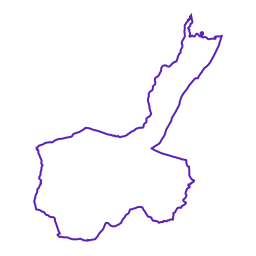 Chivatá, Boyacá, Colombia (Albers equal-area conic projection)
{"feature_id": "7082276B72366635379650", "entity_name": "Chivatá", "entity_type": "district", "adm_level": 2, "iso_a3": "COL", "parent_name": "Colombia", "parent_adm1": "Boyacá", "projection": "albers", "projection_center": [-73.258, 5.58], "detail": "fine", "context": "isolated", "style": "outline", "palette": "violet", "viewbox_px": 256, "rotation_deg": 0, "n_neighbors": 0, "source": "geoboundaries", "source_scale": "gbopen_adm2", "svg_char_len": 5830}
<svg xmlns="http://www.w3.org/2000/svg" viewBox="0 0 256 256"><path d="M221.7,36.0L221.0,36.1L219.3,36.5L216.6,36.4L215.4,36.6L214.8,37.2L215.0,37.7L215.6,38.0L215.5,38.6L215.2,38.8L214.3,38.8L212.9,38.6L210.9,38.8L209.5,39.2L208.0,39.1L206.5,37.6L205.3,37.0L204.6,37.0L203.0,37.5L202.2,37.2L201.9,36.5L201.9,36.0L202.1,35.5L202.6,34.9L203.0,34.1L203.0,33.0L202.9,32.5L202.5,32.2L202.2,32.1L200.9,32.6L200.6,33.1L200.8,33.9L201.2,34.6L201.0,35.6L201.2,36.4L200.8,36.5L199.7,36.3L198.0,34.3L196.7,33.7L196.0,34.3L195.1,35.9L194.6,36.3L194.1,36.4L193.1,36.3L192.4,35.7L192.1,35.7L191.4,36.0L190.9,36.4L189.8,36.7L189.6,36.5L189.4,36.1L190.0,34.5L190.1,33.3L189.2,31.2L189.4,29.5L189.3,29.3L188.6,29.0L188.3,28.7L188.3,27.7L189.2,27.0L190.2,25.9L190.5,23.9L190.8,23.6L191.6,23.4L192.4,22.2L192.2,21.5L192.3,20.9L191.7,19.4L191.8,18.7L191.3,16.6L191.1,15.4L190.7,16.0L190.3,16.1L190.0,16.5L189.8,17.3L189.8,17.8L190.3,18.7L190.3,18.9L189.9,19.1L189.1,19.2L189.1,19.7L189.0,19.9L188.2,19.6L187.7,20.0L187.9,21.2L187.8,21.4L186.4,22.5L185.5,24.3L184.9,24.9L184.6,26.3L184.9,27.7L184.4,31.5L184.9,35.9L184.8,36.5L183.5,39.0L182.5,40.5L181.8,42.5L181.7,43.0L181.8,44.0L182.3,44.5L182.4,45.2L182.4,46.7L182.2,47.3L181.6,48.2L180.6,50.6L180.6,52.2L180.4,52.8L179.7,53.3L179.0,54.1L178.6,55.5L177.9,56.4L177.6,58.3L177.2,58.9L177.2,59.7L176.4,61.3L175.0,61.8L174.5,62.4L173.6,62.5L173.0,62.9L169.8,66.3L169.3,66.6L168.1,66.5L167.0,66.2L166.0,65.4L163.7,65.5L163.1,65.8L162.4,66.3L161.3,68.0L161.2,69.8L160.9,71.3L160.5,71.8L158.9,75.1L158.4,75.8L157.5,76.6L155.6,77.6L155.0,78.6L154.8,80.1L154.9,80.8L155.3,81.8L155.3,83.3L155.1,84.0L154.7,84.6L154.0,85.2L153.1,86.3L152.9,87.1L152.7,89.5L152.0,90.4L150.5,91.2L149.5,92.5L148.9,93.1L148.7,93.8L148.9,96.4L148.2,97.7L147.9,100.2L148.2,102.0L148.8,103.4L148.8,104.2L149.2,105.4L149.5,106.0L149.4,107.5L149.6,108.8L150.1,109.9L150.3,111.3L150.8,112.4L151.1,114.0L150.2,115.7L149.7,116.0L149.3,116.7L149.1,116.8L148.3,117.0L147.8,117.3L147.0,118.0L146.5,118.5L146.4,119.7L146.5,121.7L146.4,122.2L144.8,123.3L143.9,124.4L143.7,125.0L143.7,126.0L143.4,126.3L143.4,127.1L143.2,127.4L142.3,127.8L140.9,127.6L138.3,128.0L135.9,128.8L135.7,129.1L134.3,130.4L131.9,131.5L130.7,132.2L130.2,132.8L129.0,133.4L128.2,133.9L127.9,134.4L126.1,135.5L123.3,136.5L121.5,136.6L120.5,137.2L119.8,137.2L119.1,136.9L118.4,136.2L117.9,136.0L116.5,136.5L115.2,136.2L114.9,136.0L114.8,135.7L114.5,135.6L114.0,135.5L113.0,135.8L110.7,134.8L109.9,134.8L108.1,134.5L97.9,130.9L92.8,129.6L90.3,128.6L88.2,128.1L85.9,127.8L85.5,128.1L84.9,128.2L84.1,129.2L79.1,132.1L73.9,133.7L72.9,134.5L72.3,136.0L70.7,136.9L65.9,137.7L61.8,138.8L59.9,138.8L57.9,139.3L56.6,139.7L54.6,140.7L52.2,142.4L50.0,142.2L45.6,142.8L44.9,143.1L44.0,143.8L42.4,144.6L39.4,145.5L38.9,145.7L37.7,147.1L37.1,148.3L36.8,148.6L36.7,148.5L36.7,149.4L36.9,149.6L37.4,149.4L37.6,149.5L37.7,149.9L38.3,150.5L38.5,153.5L39.7,155.7L39.9,156.7L41.2,159.5L41.5,160.8L41.6,161.7L41.3,163.1L41.4,163.7L42.4,164.9L42.5,165.3L41.5,167.3L41.4,168.0L41.5,169.5L40.7,171.6L40.5,174.8L39.4,176.9L39.1,178.1L39.4,178.9L40.7,179.9L41.1,180.7L41.0,181.5L40.5,182.9L40.9,183.4L40.9,183.9L40.1,184.8L38.8,187.9L37.3,189.3L37.2,189.8L37.3,191.6L36.9,192.9L35.9,194.6L35.6,195.7L34.3,201.1L34.3,202.1L35.1,204.3L36.1,209.2L36.3,209.4L39.1,209.9L40.4,210.4L41.3,211.2L44.1,212.2L45.8,214.5L46.5,215.0L47.8,215.1L49.1,216.2L50.3,216.9L53.8,217.4L54.4,217.8L55.0,219.3L54.9,220.8L56.1,223.6L58.4,230.7L59.8,233.5L58.5,234.0L57.6,234.8L59.3,236.9L61.6,236.8L62.8,237.2L68.1,237.5L69.0,238.2L70.3,238.5L71.7,239.1L74.5,239.4L78.5,239.1L80.4,238.7L83.8,240.3L87.7,240.6L87.9,239.9L89.4,240.2L94.2,239.3L95.2,239.2L96.4,237.6L97.5,236.5L98.5,234.6L100.3,232.2L102.4,230.1L103.4,228.6L105.3,223.9L105.6,223.3L106.2,222.9L107.0,222.8L108.1,223.1L110.3,225.3L111.6,226.0L112.8,226.4L115.2,226.2L116.7,225.5L117.7,224.8L118.8,224.5L120.1,223.5L120.9,223.1L122.8,219.3L124.6,217.5L125.5,215.6L125.8,215.1L127.9,213.8L128.5,213.3L129.3,211.7L130.0,209.5L132.5,209.1L133.9,208.5L135.7,208.1L136.6,207.5L139.0,206.9L141.2,207.0L142.3,207.4L142.5,207.6L143.4,209.6L144.4,210.8L147.8,216.4L150.3,217.1L151.2,217.6L151.5,217.8L151.8,219.1L152.2,219.7L153.0,220.6L155.5,221.0L156.7,221.1L158.2,221.9L158.6,222.5L158.8,222.7L159.6,222.6L160.5,222.0L161.0,221.9L161.7,222.2L162.2,221.9L162.9,222.0L163.1,221.8L163.2,221.4L163.5,221.0L165.5,221.1L166.2,221.4L166.8,221.2L167.7,220.4L169.0,220.4L169.7,219.7L170.4,219.5L171.7,219.6L173.0,219.5L172.9,218.4L173.6,214.5L173.3,213.3L173.4,213.0L175.0,212.4L175.4,211.9L175.7,210.7L176.4,209.9L177.2,208.3L178.5,207.7L179.3,207.5L180.2,207.8L180.8,207.8L181.3,207.5L181.8,206.0L182.9,205.6L183.6,205.2L185.6,203.7L185.9,203.1L185.9,202.5L184.2,201.7L183.4,200.8L183.2,200.2L183.3,199.7L185.4,197.9L186.2,196.1L186.4,195.5L186.3,194.8L185.5,193.6L185.8,191.9L186.5,190.6L186.6,189.7L186.9,189.1L187.6,188.3L189.2,187.6L189.8,186.6L189.5,186.1L188.5,185.8L188.4,185.7L188.3,184.9L188.5,184.5L188.8,184.3L190.5,184.0L190.9,183.7L191.4,182.7L192.3,182.6L192.8,182.4L193.9,181.1L194.0,180.7L194.0,180.4L193.7,180.2L192.7,180.1L191.1,178.6L189.6,176.0L189.2,174.7L189.4,172.5L189.0,166.7L188.2,166.7L187.8,166.4L187.0,165.1L186.2,162.6L186.4,160.3L186.0,160.0L181.3,159.2L180.3,158.5L178.5,158.3L178.1,158.0L176.9,157.7L162.3,153.5L157.7,151.6L154.2,149.9L151.7,148.5L152.3,147.8L152.9,147.7L155.1,146.1L158.9,143.8L159.8,142.9L160.8,141.3L161.7,139.5L164.1,136.0L164.9,134.2L166.1,129.9L171.3,120.8L171.7,118.5L172.0,117.7L176.0,111.2L176.6,109.8L179.2,105.1L180.0,101.1L181.5,96.6L183.7,93.1L187.0,89.0L189.2,85.3L194.6,79.0L195.5,78.3L196.7,78.3L198.0,78.1L198.8,76.3L200.8,73.2L201.5,72.6L202.7,70.5L204.5,67.9L206.6,66.5L208.2,64.9L210.1,62.5L213.8,55.8L219.3,44.5L219.4,42.8L220.2,40.9L221.7,36.0Z" fill="none" stroke="#5b21b6" stroke-width="2"/></svg>